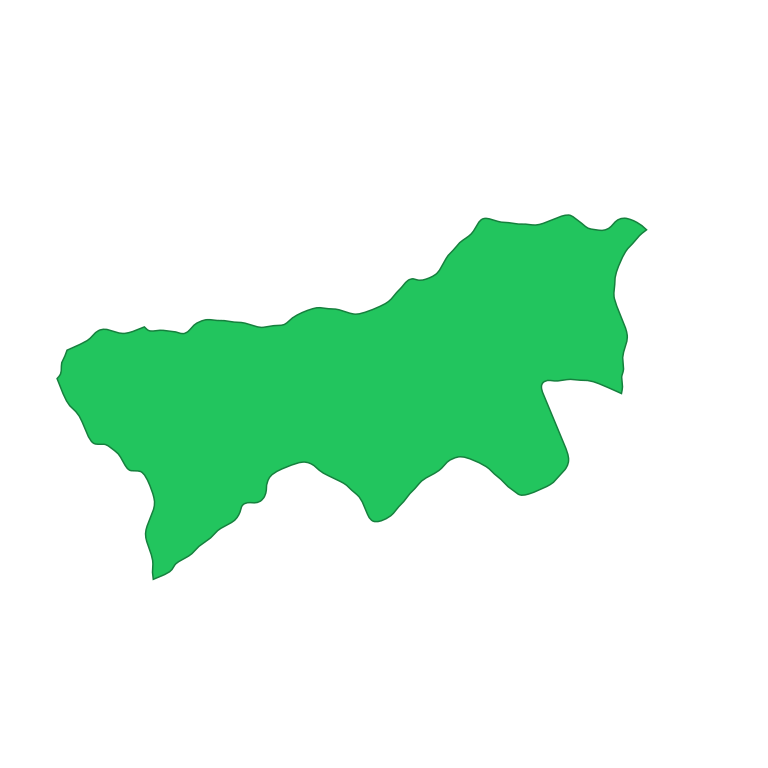 Salcedo, Hermanas, Dominican Republic (Albers equal-area conic projection), rotated 68°
{"feature_id": "3306468B93547885769442", "entity_name": "Salcedo", "entity_type": "district", "adm_level": 2, "iso_a3": "DOM", "parent_name": "Dominican Republic", "parent_adm1": "Hermanas", "projection": "albers", "projection_center": [-70.395, 19.439], "detail": "fine", "context": "isolated", "style": "filled", "palette": "green", "viewbox_px": 768, "rotation_deg": 68, "n_neighbors": 0, "source": "geoboundaries", "source_scale": "gbopen_adm2", "svg_char_len": 4121}
<svg xmlns="http://www.w3.org/2000/svg" viewBox="0 0 768 768"><g transform="rotate(68 384 384)"><path d="M233.9,665.2L238.4,669.3L243.5,674.8L246.5,676.4L251.0,678.4L253.7,680.3L255.3,682.6L256.5,685.1L272.9,685.2L280.8,684.7L286.5,683.5L294.1,680.1L299.6,678.6L305.7,678.1L322.2,677.8L327.6,676.8L329.2,676.1L330.6,675.1L331.6,673.9L332.9,671.4L335.0,666.1L335.8,664.9L338.0,662.9L344.8,658.8L349.2,656.6L353.0,655.7L362.5,654.5L365.9,653.7L367.4,653.0L368.7,652.1L369.6,651.0L372.4,644.8L374.0,642.4L375.4,641.4L378.7,640.1L384.4,639.3L390.5,639.1L398.9,639.4L403.1,639.9L407.1,640.8L410.8,642.5L414.0,644.7L427.0,656.9L430.1,659.3L433.5,661.2L437.3,662.4L441.2,663.0L455.1,663.7L460.9,664.6L464.3,665.7L471.9,669.2L478.7,671.1L478.5,658.8L477.8,653.2L476.6,650.1L473.4,645.7L472.7,644.3L471.8,640.9L470.3,629.4L469.3,625.6L465.2,616.4L461.7,602.4L457.6,593.1L456.7,589.3L455.3,577.3L454.4,573.5L452.8,570.3L450.9,567.7L448.8,565.5L444.4,562.0L443.6,560.9L443.0,559.6L442.7,558.2L442.9,555.2L443.8,552.6L445.6,548.8L446.4,545.8L446.3,542.4L445.8,540.8L444.3,537.9L443.3,536.7L440.9,534.5L438.2,532.8L433.7,530.7L429.9,527.7L427.7,525.1L426.1,521.8L424.9,516.1L424.5,510.2L424.5,500.1L425.1,492.2L426.0,488.5L426.7,486.7L428.5,483.8L430.8,481.4L433.5,479.4L439.6,476.4L443.8,473.7L448.1,470.0L458.0,461.0L460.9,458.6L463.9,456.6L470.4,453.7L476.3,450.6L479.4,449.3L485.2,448.3L498.7,448.1L502.3,447.8L505.6,446.6L507.0,445.6L508.1,444.2L509.3,441.2L509.8,437.8L509.7,432.5L508.7,427.1L507.4,423.7L503.3,416.3L500.4,409.8L495.3,401.0L492.5,394.5L489.4,388.5L488.0,385.4L486.8,380.1L485.8,370.8L484.8,365.5L483.7,362.2L480.1,354.7L479.2,351.2L479.0,345.8L479.5,342.1L480.1,340.4L481.9,336.9L485.6,332.3L492.7,325.2L498.9,320.2L502.2,318.2L508.7,315.4L516.1,311.4L525.7,307.4L536.5,300.8L537.6,299.6L538.6,298.2L539.7,294.8L540.2,291.2L540.5,285.4L540.0,271.4L539.5,267.5L538.6,263.7L531.2,248.3L530.3,246.9L528.1,244.3L525.4,242.2L523.8,241.4L522.0,240.7L518.2,239.9L512.2,239.5L451.0,240.1L447.6,239.7L445.9,239.2L444.4,238.5L443.1,237.3L442.2,235.9L441.8,234.3L441.9,231.2L443.0,228.5L445.1,224.6L446.3,221.5L448.4,212.9L449.5,209.4L454.1,200.4L457.0,193.9L460.3,189.0L464.3,184.5L471.6,177.2L481.8,167.4L478.7,165.4L475.9,163.9L466.8,161.1L465.5,160.4L462.3,157.8L459.9,156.3L448.9,152.8L444.2,149.9L435.3,142.8L432.0,141.0L430.2,140.3L426.5,139.5L422.6,139.1L398.8,139.0L391.1,138.4L389.2,138.0L385.8,136.8L378.4,132.9L372.0,129.9L367.2,126.5L362.7,122.5L355.7,115.3L351.9,110.6L349.8,107.3L346.9,100.8L342.2,91.7L340.9,88.2L339.4,82.8L333.7,85.6L329.0,88.9L326.1,91.4L323.5,94.2L321.3,97.1L320.4,98.8L319.4,102.2L319.4,105.7L320.3,108.9L323.0,114.4L323.9,117.5L324.0,121.0L323.3,124.3L321.9,127.2L317.9,134.0L315.9,136.5L313.3,138.3L309.1,140.5L299.7,146.1L297.4,148.1L296.5,149.5L295.4,152.9L294.9,156.5L294.7,176.2L294.3,180.1L293.4,183.9L292.0,187.0L288.8,192.9L286.1,199.4L281.0,208.2L277.9,214.6L275.8,217.6L270.3,224.5L268.6,227.4L268.1,229.0L267.9,230.6L268.1,232.3L269.4,235.3L275.7,243.7L277.5,246.9L278.7,250.3L280.3,257.3L281.3,260.8L285.9,269.8L288.8,276.3L290.9,279.4L299.2,289.8L301.1,293.2L301.7,294.9L302.4,298.6L302.6,302.2L302.5,305.8L302.1,309.2L301.1,312.2L300.5,313.4L297.5,317.4L297.0,318.6L296.7,321.6L297.0,323.1L298.0,326.0L301.0,331.6L303.9,338.0L307.9,345.4L309.2,348.9L310.0,352.7L310.5,358.7L310.7,366.7L310.4,374.7L309.7,380.6L308.6,384.3L307.7,386.0L305.6,389.1L298.4,397.8L296.4,400.9L293.4,407.3L289.3,414.7L288.1,418.0L287.5,421.7L287.1,427.3L287.1,433.0L287.5,438.7L288.4,444.0L291.0,451.4L291.5,454.2L291.1,457.1L288.6,464.4L286.2,474.8L285.6,476.5L283.7,479.8L275.5,490.1L273.5,493.3L270.5,499.7L265.4,508.4L262.6,514.9L259.4,520.8L258.1,523.9L257.6,525.7L257.2,529.3L257.4,534.7L258.3,538.2L261.0,543.8L262.1,546.5L262.4,549.6L262.2,551.0L261.0,553.5L257.7,557.6L251.5,568.7L250.2,571.8L248.4,578.2L247.2,581.0L246.2,582.2L245.1,583.1L241.3,584.8L241.2,597.3L240.8,601.4L240.0,605.3L239.3,607.2L237.5,610.5L229.6,620.5L228.1,623.8L227.5,627.2L227.6,628.9L228.3,632.2L231.6,639.5L232.6,643.2L233.4,651.2L233.9,665.2Z" fill="#22c55e" stroke="#15803d" stroke-width="1.5"/></g></svg>